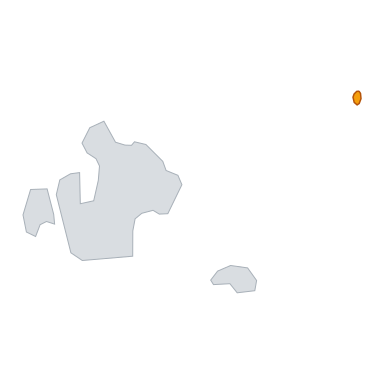 Aland, with Brändö highlighted
{"feature_id": "ALD-4823", "entity_name": "Brändö", "entity_type": "state/province", "adm_level": 1, "iso_a3": "ALA", "parent_name": "Aland", "parent_adm1": "", "projection": "albers", "projection_center": [21.08, 60.465], "detail": "fine", "context": "in_parent", "style": "filled", "palette": "amber", "viewbox_px": 384, "rotation_deg": 0, "n_neighbors": 0, "source": "natural_earth", "source_scale": "10m", "svg_char_len": 920}
<svg xmlns="http://www.w3.org/2000/svg" viewBox="0 0 384 384"><path d="M125.0,145.1L131.5,145.3L134.5,141.8L145.9,144.5L162.8,161.4L166.1,170.5L177.9,175.3L181.9,184.7L167.8,213.7L159.3,214.1L153.0,210.3L141.8,213.3L135.1,218.8L132.8,230.9L132.7,256.2L82.3,260.5L70.9,252.8L56.3,194.7L59.8,179.9L70.5,173.8L79.6,172.6L80.3,203.7L93.7,200.8L98.3,180.4L99.5,166.0L96.0,158.7L87.1,152.9L82.0,143.1L89.8,127.7L103.9,121.2L115.5,142.2L125.0,145.1ZM53.7,214.4L54.6,224.1L46.5,221.5L40.1,224.7L35.6,236.5L26.4,232.0L23.0,214.9L30.6,189.5L47.1,188.9L53.7,214.4ZM256.6,280.5L254.8,290.7L237.2,292.8L229.9,283.7L213.5,284.6L210.7,280.1L217.6,271.1L230.6,265.5L247.6,267.9L256.6,280.5Z" fill="#d9dde1" stroke="#a8b0b8" stroke-width="1"/><path d="M359.2,91.5L360.5,93.4L361.0,98.7L359.2,103.5L357.1,104.9L354.2,102.4L353.0,97.2L354.1,94.0L356.7,91.4L358.4,91.2L359.2,91.5Z" fill="#f59e0b" stroke="#b45309" stroke-width="1.5"/></svg>